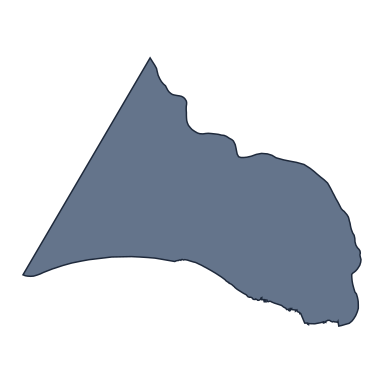 Ciudad del Plata, San José, Uruguay
{"feature_id": "84410073B44355686376037", "entity_name": "Ciudad del Plata", "entity_type": "district", "adm_level": 2, "iso_a3": "URY", "parent_name": "Uruguay", "parent_adm1": "San José", "projection": "equal_earth", "projection_center": [-56.41, -34.718], "detail": "fine", "context": "isolated", "style": "filled", "palette": "slate", "viewbox_px": 384, "rotation_deg": 0, "n_neighbors": 0, "source": "geoboundaries", "source_scale": "gbopen_adm2", "svg_char_len": 3527}
<svg xmlns="http://www.w3.org/2000/svg" viewBox="0 0 384 384"><path d="M150.1,57.9L23.0,274.8L25.2,275.7L27.4,276.1L30.5,276.3L33.6,276.1L37.0,275.1L40.3,273.9L43.5,272.4L52.2,269.0L53.3,268.6L54.1,268.4L62.8,265.5L71.8,263.0L81.7,261.0L88.9,259.7L111.7,257.0L131.5,256.6L139.8,257.0L147.6,257.5L154.9,258.1L160.3,259.0L169.5,260.6L174.8,261.5L176.0,260.9L177.2,260.6L178.5,260.5L179.3,260.0L180.2,260.0L180.9,260.3L181.4,259.6L182.4,259.5L183.1,259.8L183.7,260.0L184.7,259.6L187.5,260.1L189.6,260.8L193.6,262.0L195.4,262.4L197.4,263.3L199.0,264.1L200.4,264.7L202.0,265.5L204.1,266.7L205.9,267.6L210.7,270.3L215.6,273.2L220.2,276.2L221.3,276.9L222.4,277.7L225.2,279.8L225.4,280.1L225.9,280.7L228.0,282.2L228.8,282.4L229.1,283.3L230.2,283.6L231.2,284.2L232.0,284.7L232.6,285.3L234.4,286.8L234.8,287.4L235.3,287.8L236.5,288.8L237.3,289.4L239.0,290.5L240.6,291.5L243.3,293.2L245.0,294.1L246.3,294.8L247.9,296.7L249.5,297.3L250.8,297.2L252.1,297.9L253.2,299.3L255.1,299.5L255.6,299.0L257.2,299.7L257.6,300.2L258.5,300.3L259.4,300.0L260.8,299.2L260.8,298.2L261.8,297.6L261.8,299.7L263.7,299.7L264.2,301.8L265.7,301.8L264.9,300.8L264.7,299.7L267.1,300.2L267.1,301.3L268.2,301.7L269.3,301.3L270.8,301.4L271.7,302.0L274.4,303.1L281.5,305.4L283.5,307.0L285.1,307.9L285.9,308.3L286.3,309.1L286.8,309.6L288.6,309.2L288.7,310.3L289.4,310.9L290.2,310.6L290.2,308.5L291.6,308.5L291.2,309.5L295.5,310.0L295.5,311.1L296.9,310.0L297.4,311.6L299.8,312.6L299.8,313.7L300.8,313.7L304.7,323.1L307.6,323.1L307.6,324.1L308.5,324.6L308.5,323.6L314.8,323.8L320.5,322.7L323.4,321.9L323.4,323.0L323.9,323.0L323.9,321.9L325.8,322.4L325.8,321.4L327.9,320.3L329.7,320.4L331.1,321.4L332.6,321.9L333.6,321.5L334.7,321.9L336.6,322.0L337.2,322.3L337.7,322.4L338.0,321.6L338.8,326.1L341.6,325.5L345.3,324.4L349.2,323.3L351.8,321.2L353.1,319.6L353.7,318.8L355.6,315.8L356.6,313.5L357.3,311.8L358.3,308.4L358.3,304.9L358.2,302.0L358.2,301.6L357.9,299.6L357.4,297.2L356.4,293.9L354.9,292.0L353.8,288.4L352.7,284.2L352.1,280.8L351.8,277.4L351.7,274.4L352.7,273.2L354.1,272.2L355.6,271.0L357.4,269.0L358.7,267.0L359.8,265.2L360.7,262.2L361.0,259.6L360.3,256.9L359.9,254.9L360.3,253.1L360.0,251.0L359.0,249.4L357.4,247.7L355.9,245.2L355.0,241.8L354.8,238.3L354.4,236.5L354.1,235.2L352.8,233.2L352.0,231.2L351.3,229.3L350.9,227.8L350.5,226.0L350.2,224.1L349.9,222.7L349.4,221.1L349.1,219.7L348.7,218.1L348.3,216.9L347.8,216.1L347.1,214.9L346.2,213.8L345.4,212.9L344.5,211.8L343.6,210.9L342.9,210.5L341.2,208.6L340.5,207.2L338.2,202.7L335.7,198.3L333.8,194.5L333.1,193.3L331.2,189.5L330.3,187.8L327.6,183.1L327.0,182.5L324.1,179.8L323.7,179.5L322.6,178.6L320.4,176.9L316.5,173.6L314.6,171.9L310.2,168.4L304.1,164.5L296.6,162.4L290.2,161.2L283.7,159.9L276.1,157.8L272.0,155.3L267.5,153.9L261.5,153.4L256.3,154.4L251.3,156.2L246.9,157.2L243.8,157.5L240.9,157.5L238.6,156.7L237.2,154.1L236.6,151.3L236.0,148.1L235.2,144.6L233.4,141.0L231.8,139.6L229.2,138.2L226.5,136.4L224.1,135.4L221.3,135.1L218.7,134.4L216.5,134.1L213.7,133.8L211.0,133.5L208.2,133.3L205.7,133.5L202.9,133.9L199.8,133.7L197.5,133.0L194.9,131.5L192.1,129.6L190.4,127.8L188.4,125.3L187.3,122.7L186.7,120.4L186.5,118.0L186.4,115.2L186.4,112.5L186.2,109.9L186.2,107.8L186.3,106.1L186.6,104.1L186.6,102.3L186.3,101.0L185.0,98.9L183.6,97.5L181.6,96.4L179.6,95.9L177.0,95.5L174.3,95.0L172.5,94.5L171.0,93.6L169.2,92.1L167.8,90.3L166.5,87.8L165.5,85.8L163.4,84.0L161.4,81.6L159.7,78.7L158.1,75.2L157.2,71.5L156.5,68.4L154.8,65.3L152.8,62.2L150.1,57.9Z" fill="#64748b" stroke="#1e293b" stroke-width="1.5"/></svg>